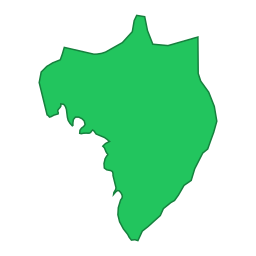 map outline of Macenta (Mercator projection)
{"feature_id": "GIN-5651", "entity_name": "Macenta", "entity_type": "Prefecture", "adm_level": 1, "iso_a3": "GIN", "parent_name": "Guinea", "parent_adm1": "", "projection": "mercator", "projection_center": [-9.497, 8.422], "detail": "fine", "context": "isolated", "style": "filled", "palette": "green", "viewbox_px": 256, "rotation_deg": 0, "n_neighbors": 0, "source": "natural_earth", "source_scale": "10m", "svg_char_len": 1628}
<svg xmlns="http://www.w3.org/2000/svg" viewBox="0 0 256 256"><path d="M72.3,125.8L70.0,123.3L68.2,120.4L67.4,117.3L66.4,109.4L65.4,106.5L63.7,104.3L60.8,103.9L60.9,106.0L60.1,107.4L58.9,108.7L57.8,110.2L57.8,111.5L58.3,112.8L58.1,113.9L54.0,115.1L51.0,116.7L49.5,117.1L48.7,116.1L47.9,115.3L47.1,114.9L39.2,82.6L41.2,72.0L46.8,66.4L52.8,62.8L60.3,59.8L62.3,54.2L64.3,47.4L93.9,54.2L96.9,54.1L101.5,53.4L105.5,52.1L122.4,42.6L132.3,31.7L134.2,20.6L136.7,15.4L144.7,16.7L147.5,30.7L152.8,44.2L168.0,45.6L197.9,37.0L198.2,73.5L200.7,81.1L208.7,92.2L214.3,106.4L216.8,121.2L213.7,132.3L210.2,141.9L207.7,149.0L202.7,153.1L194.7,168.8L191.2,180.4L184.0,185.4L181.2,190.3L178.4,195.1L174.6,200.4L170.8,202.6L163.4,208.6L160.3,215.5L148.0,226.6L142.3,231.1L137.9,240.6L134.9,239.7L131.4,240.1L129.2,237.3L127.7,234.4L123.4,228.9L119.6,221.8L117.9,214.8L118.3,207.7L120.5,200.4L120.7,199.9L121.9,198.3L122.3,196.6L122.0,194.9L121.1,193.1L119.2,190.8L117.4,190.6L115.6,192.0L113.6,194.4L113.9,192.5L115.7,189.4L116.0,187.7L113.0,175.5L113.0,173.5L112.4,171.5L110.8,170.6L106.7,169.8L104.3,168.0L104.0,163.5L105.1,158.7L106.7,156.0L107.5,155.3L107.8,154.5L107.5,153.8L106.7,153.0L105.8,151.3L105.1,149.5L104.3,147.7L102.8,146.2L104.6,144.4L105.6,143.5L106.7,142.9L107.4,142.6L109.5,141.4L108.6,140.9L107.4,139.6L104.5,137.5L96.1,134.0L94.0,131.0L92.6,130.0L91.4,131.3L90.6,132.5L89.4,133.1L88.0,133.2L86.6,133.1L83.7,133.2L81.2,133.7L79.7,133.3L80.0,130.2L81.5,128.1L83.7,126.5L85.1,124.5L84.2,120.9L82.0,118.7L78.7,117.1L75.4,117.1L73.4,119.5L72.9,122.9L72.9,125.4L72.3,125.8Z" fill="#22c55e" stroke="#15803d" stroke-width="1.5"/></svg>